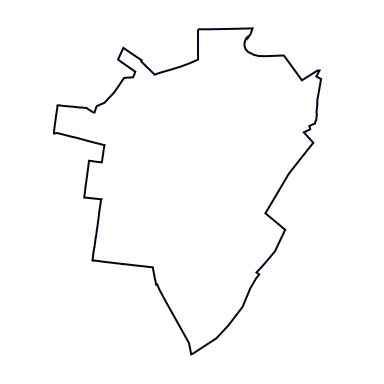 the district of Oinacu, Giurgiu, Romania, rotated 357°
{"feature_id": "2599482B44052699219659", "entity_name": "Oinacu", "entity_type": "district", "adm_level": 2, "iso_a3": "ROU", "parent_name": "Romania", "parent_adm1": "Giurgiu", "projection": "equal_earth", "projection_center": [26.022, 43.945], "detail": "fine", "context": "isolated", "style": "outline", "palette": "ink", "viewbox_px": 384, "rotation_deg": 357, "n_neighbors": 0, "source": "geoboundaries", "source_scale": "gbopen_adm2", "svg_char_len": 4035}
<svg xmlns="http://www.w3.org/2000/svg" viewBox="0 0 384 384"><g transform="rotate(357 192 192)"><path d="M261.0,31.8L256.0,31.6L255.8,31.6L254.8,31.6L252.0,31.5L249.8,31.4L247.3,31.4L245.9,31.4L243.3,31.3L241.6,31.2L238.7,31.1L237.0,31.1L234.3,31.0L232.5,30.9L229.9,30.8L228.3,30.8L226.1,30.7L224.3,30.6L222.6,30.6L221.1,30.5L219.8,30.5L218.3,30.4L217.3,30.4L216.2,30.3L215.4,30.3L214.7,30.3L213.9,30.2L213.1,30.2L212.5,30.1L212.0,30.1L211.4,30.1L210.8,30.0L209.9,30.0L209.3,30.0L208.7,29.9L208.3,29.9L208.0,29.9L207.8,29.9L207.6,30.0L207.2,30.1L206.9,30.2L206.7,30.3L206.7,30.2L206.5,30.6L205.3,53.3L205.0,60.1L195.1,63.8L191.1,65.0L187.2,66.2L180.5,67.9L174.0,69.5L167.8,70.9L164.3,71.8L162.6,72.4L161.0,73.0L148.0,58.9L148.4,58.4L148.7,57.9L143.7,54.2L131.0,44.5L125.1,55.8L129.1,59.2L136.9,65.2L141.7,68.9L140.0,72.7L139.4,73.9L139.2,74.3L138.9,74.4L136.7,74.4L133.7,74.4L132.1,74.5L130.2,74.5L129.9,74.9L129.3,75.6L128.6,76.5L128.0,77.4L127.6,77.9L126.7,79.1L125.7,80.4L124.4,82.2L123.3,83.6L122.3,84.9L121.2,86.3L120.0,87.8L119.4,88.5L119.1,88.8L118.7,89.3L117.4,90.5L116.4,91.5L114.4,93.4L113.5,94.2L112.6,95.1L112.4,95.3L112.2,95.4L111.2,96.5L110.4,97.2L109.6,98.0L109.3,98.3L108.6,98.6L106.9,99.2L104.8,100.0L103.0,100.7L101.9,101.1L101.5,101.3L101.2,101.6L101.0,101.9L100.8,102.4L100.2,103.9L99.8,104.9L99.1,106.9L98.9,107.4L98.8,107.6L98.7,107.6L98.1,107.4L97.3,107.1L96.0,106.3L95.2,105.7L94.3,105.0L93.6,104.5L92.5,103.7L91.9,103.2L91.5,103.0L91.3,102.9L91.1,102.6L90.7,102.5L89.8,102.4L89.1,102.3L88.7,102.3L86.8,102.0L85.6,101.8L84.8,101.8L83.4,101.6L81.4,101.2L79.9,101.0L79.1,100.9L77.7,100.6L76.6,100.5L75.6,100.4L74.1,100.1L73.2,100.0L72.3,99.9L71.6,99.8L70.0,99.6L68.8,99.4L67.5,99.2L66.8,99.1L66.0,98.9L64.5,98.6L63.6,98.5L62.5,98.5L62.2,98.5L62.2,98.8L61.9,100.8L60.6,107.1L58.1,120.2L57.3,125.0L57.2,125.9L57.2,126.4L57.6,126.4L58.1,126.3L59.3,126.1L60.0,126.1L60.6,126.1L67.1,128.1L73.7,130.2L77.7,131.3L80.6,132.2L88.2,134.7L90.2,135.4L93.5,136.4L93.6,136.5L94.1,136.7L94.9,136.9L97.6,137.7L99.8,138.4L102.8,139.3L105.5,140.2L107.1,140.6L106.8,141.7L106.4,143.6L106.1,144.7L105.7,146.6L105.5,147.9L104.9,150.9L103.5,157.7L96.9,156.6L94.2,156.0L93.0,155.8L92.8,155.8L90.8,155.4L90.6,156.6L90.5,157.0L90.3,158.0L90.1,159.3L89.7,161.6L89.4,163.2L88.9,165.8L88.6,166.9L88.5,168.1L88.1,170.4L87.6,172.6L87.2,174.8L87.0,176.1L86.7,177.4L86.2,179.9L85.8,182.1L85.6,183.0L85.4,184.8L84.9,187.6L84.6,189.0L84.1,191.9L87.1,192.3L90.0,192.8L95.3,193.6L101.2,194.6L100.8,195.1L100.7,195.2L100.5,196.1L100.5,196.3L100.4,196.9L100.3,197.6L99.8,200.0L99.6,201.0L99.2,202.9L98.8,205.0L98.4,206.6L98.3,207.2L97.5,212.2L96.7,216.4L95.9,220.8L94.9,225.4L94.0,230.6L93.8,231.7L93.6,231.7L92.5,237.5L92.0,240.5L91.6,242.7L91.5,242.9L91.4,242.8L90.7,246.0L90.3,248.1L89.8,251.0L89.0,255.2L89.3,255.3L89.9,255.4L89.9,255.2L93.6,255.8L95.2,256.1L97.1,256.5L104.9,257.9L108.1,258.4L111.9,259.1L116.0,259.7L118.1,260.2L119.1,260.4L119.2,260.2L123.6,261.0L138.0,263.4L144.1,264.4L148.9,265.2L149.4,269.1L150.0,273.7L150.5,277.5L150.7,277.9L151.3,282.7L152.4,282.5L153.2,284.7L154.1,287.1L154.1,287.3L160.9,301.7L162.6,305.1L181.1,342.7L182.7,354.1L184.2,353.6L208.8,339.3L221.3,327.2L236.5,309.4L245.1,291.4L247.8,287.3L251.2,282.0L254.8,277.9L252.2,275.7L256.0,272.1L260.0,268.1L271.7,255.7L283.1,234.5L282.9,234.4L282.7,234.3L279.0,230.8L264.2,217.1L271.5,206.2L278.8,195.2L289.6,178.9L302.6,164.0L315.7,149.2L306.8,138.3L308.8,137.5L313.4,135.5L312.7,132.2L315.6,131.1L318.5,130.0L319.0,127.9L319.8,126.8L320.8,120.4L320.4,119.2L320.5,118.4L320.7,117.7L321.6,112.1L321.8,109.3L322.0,106.6L324.1,97.8L326.8,85.9L322.2,83.2L325.7,77.4L323.7,77.3L307.6,86.2L303.1,79.2L290.9,60.5L271.6,60.2L265.9,59.7L261.2,58.4L257.8,56.4L256.5,55.7L256.0,55.6L255.1,54.8L254.4,54.0L253.6,53.0L253.1,52.3L252.7,51.3L252.4,50.2L252.2,49.0L252.1,47.8L252.1,46.8L252.3,46.2L252.5,45.2L252.9,44.0L253.3,43.0L253.7,42.0L254.0,41.7L254.6,41.0L255.2,40.4L256.0,39.8L256.0,40.9L258.9,37.2L261.0,31.8Z" fill="none" stroke="#020617" stroke-width="2"/></g></svg>